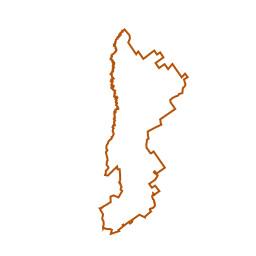 the district of Guadalupe, Chihuahua, Mexico, rotated 235°
{"feature_id": "50627088B71409715310525", "entity_name": "Guadalupe", "entity_type": "district", "adm_level": 2, "iso_a3": "MEX", "parent_name": "Mexico", "parent_adm1": "Chihuahua", "projection": "albers", "projection_center": [-105.58, 30.875], "detail": "fine", "context": "isolated", "style": "outline", "palette": "amber", "viewbox_px": 256, "rotation_deg": 235, "n_neighbors": 0, "source": "geoboundaries", "source_scale": "gbopen_adm2", "svg_char_len": 5812}
<svg xmlns="http://www.w3.org/2000/svg" viewBox="0 0 256 256"><g transform="rotate(235 128 128)"><path d="M45.1,90.6L45.7,91.0L46.4,99.0L47.3,98.8L47.5,99.1L47.9,99.3L48.9,99.2L49.1,99.5L48.9,100.7L48.5,101.7L48.3,102.7L48.2,102.8L48.3,103.7L48.6,104.3L48.6,104.9L49.4,106.0L51.6,106.7L51.7,107.0L52.0,106.9L52.6,107.1L53.3,107.6L54.0,107.8L54.6,107.9L55.4,107.6L56.1,107.7L58.4,108.7L58.4,109.7L59.4,110.1L59.1,110.1L58.6,110.3L58.4,110.6L59.1,110.6L60.1,111.2L59.3,111.5L58.3,111.4L58.3,117.5L65.2,117.1L65.4,113.3L70.1,113.3L70.0,120.8L70.3,121.3L70.7,121.6L71.1,123.3L71.9,124.8L72.2,125.2L76.3,123.8L77.0,123.8L77.2,125.1L74.3,125.2L74.3,135.4L94.1,135.5L94.0,132.5L94.6,132.0L94.6,131.9L101.2,131.9L103.8,133.4L107.2,136.6L107.7,137.4L107.4,137.8L107.4,138.3L107.4,138.7L107.6,138.9L110.2,139.9L113.8,142.1L112.8,150.2L111.6,157.3L113.2,157.6L116.3,159.3L116.6,159.3L116.5,177.6L124.4,177.6L125.5,178.0L126.8,178.7L127.1,182.2L126.7,183.4L126.7,184.6L125.9,187.0L126.1,188.2L126.6,189.4L126.0,190.6L125.9,191.6L125.5,192.6L129.2,195.8L129.2,196.5L129.9,199.0L130.6,200.0L135.7,201.7L135.4,206.0L139.8,205.9L138.7,201.0L155.0,201.1L153.2,194.6L159.3,194.6L159.3,187.8L165.4,187.8L165.5,197.5L171.5,197.7L171.5,193.9L176.4,193.9L175.8,180.2L184.8,180.3L183.7,177.0L197.8,177.2L200.3,181.0L203.1,182.4L210.7,181.7L210.6,180.9L210.3,180.7L210.6,180.1L210.8,180.0L210.9,178.8L210.0,178.7L210.2,177.8L210.1,177.5L210.3,176.7L210.1,176.2L209.7,176.6L209.4,176.0L209.4,175.7L209.0,175.9L208.7,175.6L208.8,175.4L209.1,175.4L209.1,175.1L208.6,174.8L208.9,174.6L209.1,174.9L209.3,174.1L209.1,173.7L208.2,173.4L208.1,172.7L208.4,172.2L208.4,171.8L208.1,171.9L208.2,171.5L207.7,171.3L207.8,171.3L207.8,171.0L207.2,170.8L207.5,170.0L207.1,168.6L206.2,167.8L206.1,167.0L205.8,166.7L205.4,166.6L205.0,166.7L204.7,166.5L204.5,166.1L204.7,165.9L204.8,165.2L204.5,165.0L204.4,164.2L204.0,164.0L203.8,164.1L203.4,164.9L203.0,164.7L202.8,163.9L202.4,164.2L201.8,164.3L201.5,164.1L201.0,164.1L200.6,163.5L200.2,163.4L199.2,163.7L198.5,163.2L198.3,162.9L198.4,162.6L198.0,162.4L197.7,161.9L197.7,161.5L197.6,161.4L197.8,161.1L197.5,160.7L197.4,160.2L197.2,160.0L197.2,159.0L197.0,157.5L197.2,157.3L197.0,157.0L197.1,156.5L196.1,156.0L196.3,155.6L196.0,155.4L195.5,155.3L195.2,155.0L195.1,154.0L194.6,153.3L193.8,153.8L193.2,153.4L192.9,153.9L192.4,153.9L192.2,154.2L191.7,154.0L191.2,153.2L190.8,152.9L190.4,153.1L190.0,153.0L190.2,153.6L190.1,154.1L189.8,154.1L189.8,153.8L189.1,153.8L189.1,153.5L188.8,153.1L188.5,153.1L188.4,153.3L188.2,153.3L188.1,153.1L188.3,152.1L188.2,151.7L187.8,151.6L187.5,151.3L187.4,151.0L186.6,151.2L186.4,151.5L185.9,151.2L186.2,150.9L186.1,150.4L185.8,150.2L185.3,150.1L185.3,149.4L184.8,149.1L184.3,149.3L184.0,149.2L184.0,148.9L183.8,148.5L183.2,148.3L183.4,148.0L183.5,147.6L183.1,147.2L183.0,147.5L182.8,147.4L182.5,147.0L182.7,146.2L182.6,145.7L182.2,145.3L181.9,145.7L181.4,145.5L181.7,144.8L180.8,145.1L180.4,144.7L179.2,144.5L178.9,144.2L177.9,144.6L177.4,144.3L176.7,144.5L176.9,143.7L177.1,143.4L177.4,142.2L177.1,142.0L176.8,142.1L176.5,142.0L176.3,141.7L176.2,140.8L175.9,140.9L175.8,141.7L175.4,142.4L175.1,142.4L174.7,142.0L174.4,141.3L174.1,141.1L174.1,140.6L173.9,140.2L173.3,139.9L173.1,139.4L172.8,139.1L172.4,139.7L171.9,139.7L171.6,140.0L171.3,140.4L171.0,140.5L170.4,140.3L170.1,139.9L170.0,139.6L170.3,139.0L170.6,139.1L171.0,138.9L171.1,138.3L170.8,138.1L170.5,137.3L170.3,137.3L169.2,138.2L168.9,137.6L168.3,137.8L168.0,137.7L167.5,137.8L167.3,138.1L166.8,138.1L165.9,138.9L164.9,137.9L164.8,137.2L164.6,137.0L164.1,136.9L163.6,137.2L163.1,136.0L162.8,135.7L162.3,135.7L162.1,135.6L162.0,134.8L161.8,134.7L161.5,134.6L160.7,134.9L160.7,135.7L160.1,136.8L159.8,136.7L159.9,136.2L159.7,135.9L159.5,136.4L158.9,136.7L158.7,136.4L159.0,135.7L158.7,135.1L158.7,134.4L158.4,134.5L158.1,134.3L157.7,134.8L157.4,134.7L157.6,134.0L156.9,133.7L156.6,133.7L156.3,132.8L155.6,132.7L154.9,133.4L154.6,133.2L154.7,132.5L154.0,132.0L153.7,131.4L152.9,131.8L152.1,131.7L151.3,131.2L151.0,131.4L150.8,131.0L149.8,131.4L149.2,131.1L149.1,130.9L149.4,130.5L149.9,130.3L149.9,129.7L150.0,129.2L149.9,128.6L150.3,128.2L150.0,127.9L149.3,127.9L148.8,127.5L149.4,126.9L149.3,126.2L148.9,125.9L148.4,126.2L147.9,126.3L147.9,126.0L148.1,125.9L147.8,125.0L147.5,124.8L146.4,124.7L145.9,124.0L145.3,123.8L144.6,123.7L144.2,123.0L144.2,122.5L143.9,122.2L143.4,122.7L143.2,122.6L143.1,122.3L143.4,122.1L143.4,121.5L141.9,121.4L141.6,121.5L141.5,120.9L141.2,120.6L141.2,120.3L140.6,120.2L140.3,119.7L139.9,119.3L139.4,119.2L139.1,119.3L138.8,119.2L139.2,119.0L139.0,118.7L138.6,118.2L137.9,118.0L138.2,117.4L138.5,117.3L138.5,117.1L137.5,115.7L136.0,116.1L135.8,115.3L135.3,114.6L134.7,114.3L134.1,113.5L133.5,113.3L132.9,113.5L131.2,112.8L129.8,110.3L130.0,109.5L129.9,109.2L128.8,108.6L128.5,107.8L128.7,107.3L128.7,106.7L128.0,103.8L126.9,102.8L126.5,101.4L125.7,100.1L123.3,98.3L121.5,98.3L121.0,96.3L120.9,96.0L113.9,93.2L113.0,92.6L112.9,91.7L112.6,91.4L110.2,89.4L109.8,89.3L107.7,89.5L106.8,89.3L106.5,89.0L106.2,87.9L105.8,87.0L105.8,85.9L105.5,85.0L104.2,84.4L102.6,82.2L100.6,84.3L102.7,97.0L100.2,95.8L99.0,97.5L93.9,94.5L89.9,91.8L88.4,89.5L87.6,90.1L86.9,89.9L86.8,89.5L86.1,89.6L85.7,89.3L85.3,89.3L85.1,89.1L84.6,89.0L84.1,89.2L83.1,88.6L83.0,88.0L82.4,87.2L81.7,86.6L79.8,87.2L76.6,80.3L81.1,77.5L81.8,74.2L77.2,71.3L77.6,64.9L77.8,64.0L77.9,61.3L77.6,61.3L77.6,61.0L77.9,61.0L78.0,59.6L78.4,58.7L71.6,58.0L71.1,57.6L68.6,54.9L68.1,54.7L65.6,54.4L62.9,52.8L61.1,50.6L59.9,50.0L60.1,50.4L60.0,50.8L59.3,51.2L59.4,51.3L58.1,52.0L57.5,52.9L56.8,53.3L56.5,54.1L55.8,54.8L55.4,55.5L53.9,56.4L51.1,53.2L48.6,61.6L49.9,61.6L50.3,68.1L51.6,68.0L51.6,68.7L50.3,68.7L50.6,74.7L48.6,74.8L48.6,77.2L49.6,78.4L50.4,77.2L50.4,87.6L45.1,90.6Z" fill="none" stroke="#b45309" stroke-width="2"/></g></svg>